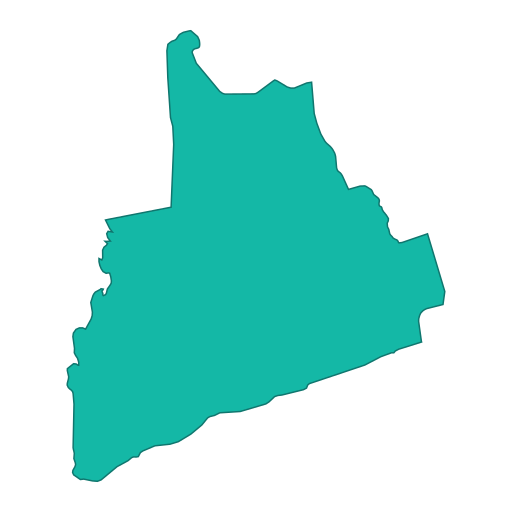 SVG path tracing the border of Bas-Sassandra
{"feature_id": "CIV-3448", "entity_name": "Bas-Sassandra", "entity_type": "Department", "adm_level": 1, "iso_a3": "CIV", "parent_name": "Ivory Coast", "parent_adm1": "", "projection": "orthographic", "projection_center": [-6.849, 5.451], "detail": "fine", "context": "isolated", "style": "filled", "palette": "teal", "viewbox_px": 512, "rotation_deg": 0, "n_neighbors": 0, "source": "natural_earth", "source_scale": "10m", "svg_char_len": 3070}
<svg xmlns="http://www.w3.org/2000/svg" viewBox="0 0 512 512"><path d="M112.4,232.0L109.8,228.7L105.5,220.0L109.2,219.2L171.1,207.2L173.7,144.4L172.8,126.3L170.5,117.6L167.8,77.6L166.9,50.7L167.9,44.3L170.2,42.4L171.8,41.3L173.2,40.8L174.1,40.5L175.0,40.1L175.8,39.5L176.5,38.8L179.1,34.9L179.6,34.4L182.8,32.6L183.8,32.2L189.2,30.9L190.8,30.7L197.6,36.6L199.3,40.3L199.6,42.6L199.7,44.2L199.6,45.6L199.4,46.7L198.9,47.4L198.1,47.9L196.1,48.5L195.1,48.7L194.0,49.2L193.1,50.0L192.2,51.6L192.2,52.7L196.3,63.3L219.7,91.4L222.6,93.4L224.9,94.1L254.0,93.9L256.0,93.5L258.1,92.2L273.2,81.0L274.8,80.0L277.1,80.9L287.2,87.0L290.8,88.1L294.3,88.1L306.7,83.0L311.6,82.2L314.2,113.5L316.8,123.2L320.8,134.0L324.8,141.1L326.0,142.6L327.2,143.8L327.7,144.2L330.4,146.6L332.0,148.5L333.0,150.0L334.6,153.0L335.2,154.8L335.6,156.5L336.6,167.9L337.2,169.8L337.9,171.0L339.5,172.3L340.3,172.9L341.3,174.1L342.4,175.9L348.5,189.4L360.1,186.1L364.9,185.9L366.4,186.6L371.2,189.6L372.0,190.7L373.7,194.5L378.2,198.1L378.8,198.9L379.2,199.8L379.4,200.9L379.0,203.1L379.0,204.3L379.3,205.7L380.1,206.3L381.2,206.8L381.7,207.4L382.3,209.7L383.6,211.9L384.7,213.1L385.5,214.2L386.3,215.1L388.4,218.5L388.3,220.5L388.0,221.6L387.5,222.4L387.2,223.4L387.3,224.5L387.5,226.8L387.9,227.7L388.4,228.6L388.8,229.5L389.7,233.6L390.2,234.5L390.8,235.3L392.1,236.6L392.9,237.8L393.7,238.4L394.9,239.1L397.0,240.0L397.9,241.0L398.4,242.2L399.0,242.9L402.1,242.5L427.5,233.8L444.8,291.5L443.0,304.5L426.7,308.6L424.8,309.5L423.1,310.6L421.0,312.7L420.3,313.9L419.6,315.5L418.7,318.8L418.6,321.3L421.4,341.4L421.6,342.0L398.7,349.2L395.3,351.0L393.8,352.8L391.4,352.8L380.8,356.7L364.9,365.0L309.4,383.6L307.7,385.0L306.5,388.1L303.4,389.7L282.0,395.0L277.8,395.5L274.6,396.6L269.1,401.8L265.9,403.9L240.2,411.5L219.8,412.8L214.6,415.4L209.8,416.6L207.6,417.9L201.9,424.9L191.0,434.0L178.3,441.7L170.0,444.2L154.9,445.8L142.9,450.9L140.4,452.6L138.3,456.6L136.2,457.0L133.6,456.9L131.7,457.6L128.0,460.7L117.1,466.6L101.1,479.9L97.4,481.3L92.5,480.9L83.7,479.1L80.4,479.5L73.7,474.9L72.6,472.5L72.9,470.4L75.0,466.6L75.6,464.6L75.3,462.7L73.9,458.6L74.3,453.4L73.9,451.3L73.4,449.4L73.1,447.6L74.0,404.1L73.1,393.5L72.6,391.7L71.4,390.2L69.8,389.0L68.3,387.5L67.2,385.1L67.2,384.9L67.3,383.3L68.4,379.1L68.7,376.8L67.3,370.5L67.4,368.6L73.6,363.7L76.2,364.0L77.9,365.2L78.7,365.3L78.7,362.2L77.5,358.2L75.7,355.6L74.3,352.8L74.5,348.4L72.9,336.6L73.4,333.1L76.0,329.4L79.3,327.9L82.7,327.9L85.6,329.1L91.1,319.1L92.2,315.6L92.4,312.1L90.8,302.5L92.9,295.8L93.8,294.0L95.3,292.1L100.5,289.3L101.0,288.7L103.3,289.1L103.0,289.9L102.0,290.9L102.2,292.0L102.8,293.3L102.8,294.9L103.3,295.6L105.3,294.8L106.3,293.5L107.1,290.1L107.5,288.8L110.0,285.3L111.2,283.2L111.4,280.9L110.8,277.0L109.7,273.2L108.2,272.9L106.1,273.3L103.1,271.6L101.2,268.8L99.8,265.3L99.0,261.7L99.0,258.5L101.8,260.0L102.7,257.8L102.6,250.2L104.0,247.2L106.4,245.3L107.5,243.6L107.1,243.3L105.1,241.3L106.4,241.4L110.4,241.1L107.7,237.6L106.7,233.7L108.1,231.3L112.4,232.0Z" fill="#14b8a6" stroke="#0f766e" stroke-width="1.5"/></svg>